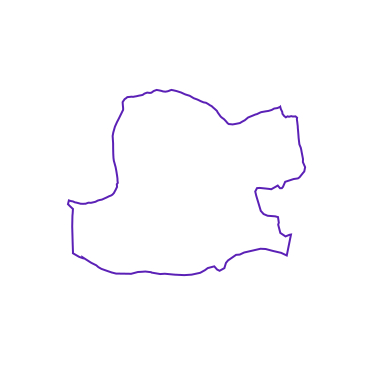 Abu Tisht, Qina, Egypt, rotated 313°
{"feature_id": "37247803B97823956456767", "entity_name": "Abu Tisht", "entity_type": "district", "adm_level": 2, "iso_a3": "EGY", "parent_name": "Egypt", "parent_adm1": "Qina", "projection": "natural_earth1", "projection_center": [32.102, 26.129], "detail": "fine", "context": "isolated", "style": "outline", "palette": "violet", "viewbox_px": 384, "rotation_deg": 313, "n_neighbors": 0, "source": "geoboundaries", "source_scale": "gbopen_adm2", "svg_char_len": 3146}
<svg xmlns="http://www.w3.org/2000/svg" viewBox="0 0 384 384"><g transform="rotate(313 192 192)"><path d="M314.5,198.4L314.4,198.4L311.6,197.2L309.1,195.2L306.3,194.3L303.4,192.6L301.4,191.0L299.4,189.5L298.6,188.9L297.7,188.2L296.2,187.5L293.3,186.4L291.9,185.5L288.8,184.1L286.7,183.1L284.7,182.2L280.5,181.7L277.6,180.7L275.1,180.0L273.4,178.8L271.6,177.5L269.1,175.6L268.0,174.1L266.8,172.6L266.6,171.3L266.6,171.1L266.9,168.7L267.1,165.9L267.0,164.9L266.8,163.5L266.7,161.6L267.7,156.6L268.3,154.9L268.3,152.6L268.2,149.8L268.2,147.7L267.7,146.1L267.4,144.0L266.8,141.4L265.4,139.2L264.3,136.2L263.7,134.1L263.1,132.4L261.8,129.4L260.8,124.7L258.8,120.6L257.3,116.1L255.3,111.9L254.4,110.3L253.7,109.1L252.6,107.3L251.0,106.5L250.9,106.4L250.7,106.4L248.9,105.4L247.2,104.1L245.8,102.2L245.1,100.7L243.8,98.5L242.5,96.5L239.7,95.1L237.0,94.6L235.8,93.7L234.1,91.4L231.5,90.1L229.4,89.7L227.9,88.7L226.3,87.5L224.5,86.3L223.8,85.8L222.5,84.8L221.4,84.0L220.4,82.7L219.2,81.7L217.3,80.0L215.6,79.8L214.0,79.4L211.9,79.7L210.4,80.0L208.7,81.8L206.3,84.5L205.1,85.6L201.8,86.6L197.2,88.0L194.1,88.9L192.2,89.4L187.2,91.1L181.9,93.8L178.8,95.8L173.8,101.1L170.2,104.5L166.3,108.3L163.3,111.4L161.5,113.6L160.3,115.6L159.1,117.5L158.2,119.0L156.6,121.2L155.1,123.2L154.7,123.7L152.9,126.0L151.0,128.3L149.2,130.1L148.1,131.5L146.4,131.7L145.6,132.6L144.6,133.7L141.7,134.6L137.9,135.6L135.8,135.6L135.7,135.6L134.0,135.1L132.7,134.4L129.8,133.3L125.0,131.3L123.1,129.9L121.4,128.9L119.1,128.1L118.6,127.8L116.8,126.6L115.2,125.5L113.5,123.5L110.9,122.2L109.1,120.4L107.4,118.5L106.6,116.9L105.3,114.5L104.6,113.5L103.9,111.3L102.7,109.5L101.9,107.7L98.5,109.6L98.4,112.9L98.4,116.5L97.3,117.4L95.0,119.3L93.4,120.5L92.7,121.1L85.1,127.9L72.1,140.7L66.7,146.1L66.0,146.7L67.6,153.7L69.0,157.0L69.6,156.3L71.5,166.6L73.1,172.0L73.2,174.8L74.0,178.2L76.3,183.5L78.4,188.2L80.6,192.2L84.1,196.0L90.7,203.3L96.6,207.0L99.3,209.6L102.0,212.1L104.0,214.8L105.4,216.7L105.5,217.4L110.3,224.7L111.8,226.1L113.7,227.9L119.8,235.8L125.9,243.0L131.3,248.1L138.5,253.1L143.7,254.8L147.1,255.4L152.8,259.0L152.4,263.2L153.2,265.9L158.4,267.6L159.8,266.9L163.3,265.2L166.5,265.0L176.1,267.1L178.8,269.6L183.3,271.4L185.5,272.9L197.2,280.8L200.5,284.7L204.1,291.4L208.3,298.7L210.2,304.6L228.4,293.4L227.2,292.5L223.3,290.7L222.3,284.5L224.6,280.9L226.9,277.3L228.8,276.4L232.3,272.0L230.9,269.4L226.2,263.5L225.5,261.6L224.7,259.4L225.1,255.2L233.1,241.5L235.5,237.9L239.2,236.9L241.2,238.8L244.7,243.4L246.7,246.1L248.1,248.1L252.5,249.5L255.2,250.3L254.8,253.8L256.1,255.1L258.0,255.0L258.4,254.8L263.0,253.2L270.8,257.5L274.2,260.2L276.1,260.6L281.5,260.2L283.6,260.1L287.3,257.8L289.5,252.7L291.8,250.7L296.1,244.8L297.6,242.8L298.3,241.7L298.6,241.3L299.3,239.7L300.1,238.0L301.8,236.0L303.5,234.0L304.8,232.5L305.2,232.1L307.5,229.6L308.7,228.3L311.1,225.6L312.3,224.4L313.2,223.3L314.4,221.9L315.0,221.2L316.2,219.7L316.8,219.0L318.0,218.2L317.9,216.1L317.2,215.5L315.9,214.2L315.2,212.9L313.2,211.6L312.5,210.3L310.6,209.7L310.5,208.3L310.4,207.7L310.9,204.8L312.1,203.4L313.2,200.5L314.5,198.4Z" fill="none" stroke="#5b21b6" stroke-width="2"/></g></svg>